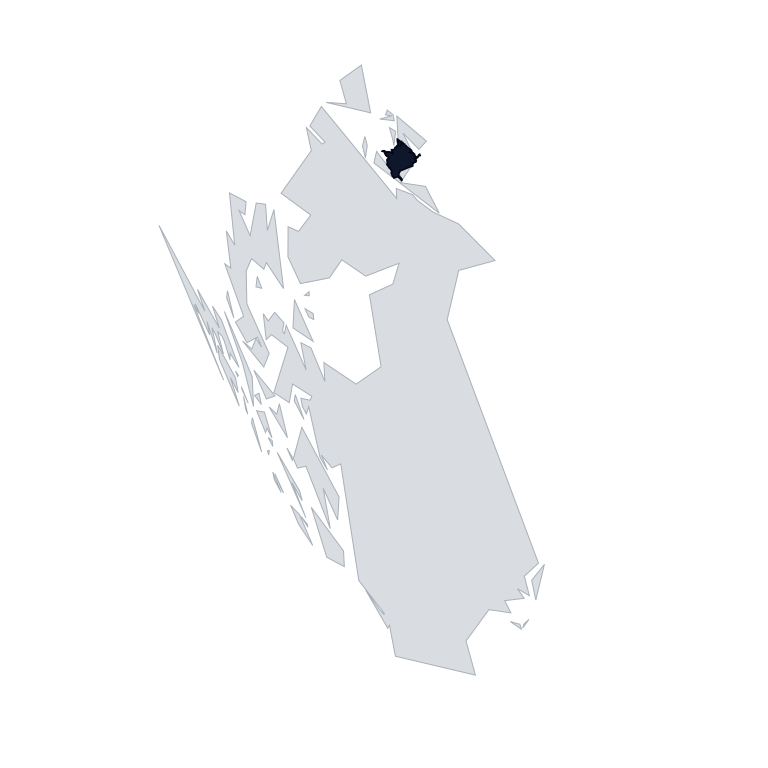 New Brunswick highlighted on a map of Canada, rotated 248°
{"feature_id": "CAN-684", "entity_name": "New Brunswick", "entity_type": "Province", "adm_level": 1, "iso_a3": "CAN", "parent_name": "Canada", "parent_adm1": "", "projection": "equal_earth", "projection_center": [-65.996, 46.339], "detail": "fine", "context": "in_parent", "style": "filled", "palette": "ink", "viewbox_px": 768, "rotation_deg": 248, "n_neighbors": 0, "source": "natural_earth", "source_scale": "10m", "svg_char_len": 9285}
<svg xmlns="http://www.w3.org/2000/svg" viewBox="0 0 768 768"><g transform="rotate(248 384 384)"><path d="M135.5,396.7L115.0,363.8L79.8,359.7L127.3,292.6L158.3,298.7L156.2,296.0L199.8,289.8L176.8,295.1L170.4,297.7L171.3,298.4L211.1,287.0L326.2,314.0L325.7,304.4L341.6,299.3L325.5,299.3L339.9,297.2L391.2,305.7L385.3,300.8L393.4,299.9L401.9,301.6L396.6,309.5L399.7,312.5L418.3,299.2L402.2,289.2L417.3,278.7L454.1,308.7L471.9,298.2L469.3,291.4L494.4,298.4L485.9,300.3L491.3,309.4L478.2,314.2L471.7,310.1L469.9,309.7L468.0,310.5L475.1,315.3L426.3,317.1L453.4,322.4L444.9,329.8L408.4,330.1L426.4,336.3L394.3,358.1L401.1,387.8L472.2,403.9L473.3,429.6L490.3,443.2L490.9,407.4L515.0,391.4L502.9,373.2L508.4,344.1L538.0,342.6L565.8,354.0L557.5,361.9L568.1,379.4L599.4,360.0L627.6,404.0L650.8,408.1L629.7,416.5L630.3,420.0L651.0,411.9L664.8,429.9L551.3,465.2L560.6,468.6L548.9,481.4L541.7,483.7L525.0,493.9L504.5,513.1L456.9,533.2L461.3,495.8L420.0,466.7L160.0,460.1L153.3,442.1L133.3,439.5L144.1,431.1L132.8,433.6L137.9,414.7L124.3,415.9L135.5,396.7ZM464.2,284.4L474.9,284.3L473.6,272.5L497.0,269.4L499.4,279.2L555.1,281.4L548.9,285.4L585.0,295.1L568.6,297.6L619.1,312.3L604.7,324.4L593.0,318.4L599.1,314.6L571.6,315.4L599.6,333.3L595.1,341.5L570.1,333.4L587.0,347.3L510.1,326.6L540.6,320.4L535.4,315.6L549.9,308.2L540.4,298.6L509.5,286.8L455.2,288.9L444.8,278.9L477.0,269.0L466.0,274.4L474.1,282.4L464.2,284.4ZM447.6,236.7L615.5,234.8L518.5,245.2L541.7,246.5L497.6,252.3L520.5,254.2L503.9,257.3L453.7,255.8L470.3,252.8L464.1,250.3L483.8,252.0L488.9,251.7L495.1,249.4L472.0,246.4L491.9,246.4L500.6,245.6L475.0,241.0L508.2,243.3L494.6,240.8L529.0,239.1L518.7,238.8L529.1,237.3L447.6,236.7ZM270.0,280.0L337.0,280.8L338.4,272.3L348.9,272.1L374.6,291.6L296.0,300.0L275.3,290.1L310.1,288.6L270.0,280.0ZM580.5,497.6L564.5,474.8L551.6,496.5L521.7,499.2L592.8,457.4L602.4,464.3L583.9,469.4L600.4,486.9L627.6,496.3L593.3,514.3L588.5,504.3L609.5,495.6L580.5,497.6ZM244.8,266.0L297.0,270.4L244.4,283.9L229.5,278.8L244.8,266.0ZM417.7,241.5L468.6,240.7L482.4,244.4L445.3,248.6L430.7,245.6L447.3,244.1L417.7,241.5ZM412.0,254.6L456.2,260.6L511.0,263.2L440.0,264.5L412.0,254.6ZM289.2,261.5L360.6,259.4L316.5,265.7L306.3,264.4L327.2,261.7L289.2,261.5ZM666.8,435.9L657.9,454.1L682.0,456.8L688.2,482.5L640.4,473.2L666.8,435.9ZM370.4,274.4L405.7,268.9L396.3,273.3L404.9,279.6L370.4,274.4ZM450.1,334.2L470.1,320.6L495.8,332.6L450.1,334.2ZM414.2,269.4L445.6,268.5L413.8,278.5L414.2,269.4ZM306.6,252.0L294.1,256.8L261.0,257.4L286.3,252.3L306.6,252.0ZM406.9,255.9L402.8,262.6L375.9,259.9L386.9,259.0L383.4,256.0L406.9,255.9ZM366.8,245.1L397.5,246.5L402.1,249.4L366.8,245.1ZM126.8,443.8L146.7,447.4L156.7,465.2L126.8,443.8ZM501.4,269.5L522.9,270.4L529.1,273.8L501.4,269.5ZM381.1,296.5L402.0,294.5L407.4,297.8L381.1,296.5ZM421.9,259.8L422.3,264.6L410.9,262.6L421.9,259.8ZM412.4,246.3L425.2,249.1L407.0,246.4L412.4,246.3ZM522.0,301.7L531.2,306.8L518.5,306.5L522.0,301.7ZM326.6,249.4L342.0,249.2L320.6,250.1L326.6,249.4ZM361.1,270.0L351.0,271.5L346.9,270.4L361.1,270.0ZM631.3,479.3L629.7,491.7L633.0,486.2L636.7,489.6L630.3,493.3L624.3,492.1L631.3,479.3ZM336.3,246.5L344.1,247.9L321.8,248.1L336.3,246.5ZM620.7,459.0L611.4,457.8L600.5,451.4L612.7,453.2L620.7,459.0ZM483.4,339.0L475.9,344.7L470.1,343.0L474.3,339.4L483.4,339.0ZM105.1,419.6L116.4,412.1L110.3,420.0L105.1,419.6ZM417.0,250.9L432.5,250.3L434.9,250.8L417.0,250.9ZM377.7,256.6L373.3,259.1L367.7,257.5L377.7,256.6ZM601.4,482.4L607.0,483.7L619.7,485.1L613.8,489.5L601.4,482.4ZM495.9,343.6L497.6,349.1L493.8,347.7L495.9,343.6ZM292.0,257.6L282.8,260.3L279.8,259.8L292.0,257.6ZM451.6,251.1L446.6,252.2L445.8,251.2L451.6,251.1ZM365.7,250.9L365.2,252.8L361.4,250.5L365.7,250.9ZM105.8,421.2L108.9,423.6L111.4,430.2L105.8,421.2Z" fill="#d9dde1" stroke="#a8b0b8" stroke-width="1"/><path d="M580.1,497.5L579.5,497.2L579.3,497.3L579.3,497.6L579.0,497.7L578.7,497.6L578.4,497.3L578.2,496.9L577.8,496.6L577.8,496.4L577.8,496.2L578.1,495.8L578.2,495.4L577.7,494.7L577.7,494.3L578.2,493.9L578.2,493.6L578.2,493.3L578.0,493.1L577.2,493.1L576.8,493.1L576.2,492.7L575.9,492.3L575.7,492.5L575.3,492.3L575.3,492.1L575.2,491.6L575.3,491.4L575.5,491.0L575.3,490.5L575.7,490.1L575.5,489.7L575.4,479.0L575.4,478.6L574.9,478.3L574.7,478.0L574.4,477.8L574.2,477.4L574.0,477.2L573.7,477.0L573.2,476.6L572.8,476.4L572.5,476.0L572.1,475.8L571.7,475.8L571.3,475.9L571.1,476.2L571.0,476.4L570.6,476.5L570.4,476.4L570.0,476.4L569.5,476.6L569.0,477.0L568.5,477.0L568.1,477.0L567.2,477.5L566.0,476.9L565.9,476.7L566.5,476.3L568.1,475.8L569.5,475.2L569.8,475.1L570.9,474.1L571.0,473.9L571.1,473.6L571.2,470.3L573.2,470.3L573.2,469.6L577.0,469.6L577.0,470.2L577.7,470.4L578.5,470.7L578.6,470.8L578.6,471.1L578.8,471.2L579.1,470.7L579.5,470.7L579.8,470.6L580.2,470.7L580.5,470.6L580.9,470.4L581.2,470.3L581.4,470.3L581.9,470.6L582.1,470.5L582.1,470.4L582.0,470.1L582.1,469.9L582.4,469.7L582.6,469.6L583.7,469.7L584.0,469.5L584.5,469.5L585.0,469.2L586.3,468.9L586.5,468.9L586.5,469.2L586.6,469.4L586.8,469.5L587.2,469.5L587.4,469.7L587.6,469.7L589.4,470.3L590.2,470.4L590.6,470.5L590.9,470.7L591.2,471.1L591.6,472.3L591.7,472.6L592.0,472.8L591.7,472.9L591.7,473.1L592.0,473.3L592.3,472.8L592.5,472.7L593.2,472.7L593.5,472.5L594.0,471.9L594.6,471.7L595.2,471.3L596.6,471.1L597.0,471.1L596.4,471.5L596.2,471.7L596.9,471.6L597.5,471.4L598.1,471.4L598.3,471.5L598.4,471.8L598.2,471.9L597.8,471.9L597.8,472.0L598.4,472.1L598.5,472.4L598.6,472.0L598.8,471.9L599.3,472.2L598.7,472.5L598.2,472.7L598.3,472.9L598.2,473.0L598.3,473.1L598.2,473.3L597.8,473.7L597.6,473.9L597.6,474.1L597.5,474.3L597.8,474.3L597.4,474.8L597.3,475.0L597.4,474.8L597.8,474.6L597.6,475.2L597.5,475.9L597.5,475.4L597.4,475.5L597.1,476.0L597.1,476.5L596.5,476.7L596.3,476.9L596.1,477.1L595.9,477.4L594.3,478.4L594.0,478.4L594.0,478.5L595.0,478.6L595.3,478.4L595.2,478.9L595.3,478.9L595.7,478.8L596.3,478.5L596.6,478.4L596.7,478.5L596.8,478.7L596.9,478.8L597.1,478.8L597.3,478.5L597.5,478.5L598.2,478.5L598.4,478.6L598.2,478.8L598.3,479.2L598.3,479.5L598.0,479.7L597.6,480.2L597.6,480.5L597.6,480.8L597.7,481.3L598.0,481.7L598.4,482.1L598.2,482.1L598.0,482.3L598.0,482.6L598.1,482.3L598.4,482.4L598.8,482.6L598.7,482.4L598.8,482.3L599.0,482.5L599.1,482.8L599.0,483.6L599.0,483.8L599.3,484.1L599.3,484.3L599.1,484.5L599.4,484.6L599.5,484.7L599.8,484.9L599.8,485.1L599.8,485.5L599.7,485.8L599.1,486.0L599.4,486.0L599.5,486.1L600.1,485.9L600.3,485.6L600.4,485.8L600.5,486.1L600.3,486.3L600.2,486.5L600.3,487.0L600.6,486.9L601.4,486.9L601.6,487.0L601.9,487.0L602.6,486.9L603.1,487.2L603.3,487.3L603.3,487.6L603.6,487.6L603.7,487.4L603.8,487.5L604.3,487.4L604.8,487.4L605.0,487.5L605.4,487.7L606.0,487.9L606.3,488.1L606.2,488.3L605.6,488.4L605.4,488.7L604.0,488.7L604.0,488.9L603.9,488.9L604.3,489.3L604.2,489.5L603.7,489.5L603.4,489.6L603.1,490.1L602.7,490.4L602.5,490.9L602.1,490.5L601.9,490.4L601.8,490.5L602.0,490.6L601.8,490.8L601.4,491.3L601.0,491.5L600.9,492.0L600.7,492.0L600.4,491.9L600.6,491.8L600.7,491.6L600.8,491.1L600.5,490.8L600.5,490.6L600.5,490.2L600.4,490.4L600.3,490.5L600.2,490.4L599.7,489.7L599.4,489.4L599.3,488.9L599.2,488.6L598.8,488.4L598.7,488.4L599.1,488.8L599.1,489.2L599.2,489.3L599.4,489.6L599.5,489.7L599.7,489.8L599.9,490.2L600.1,490.5L600.1,491.0L599.4,491.7L599.7,492.0L599.3,492.0L599.2,492.4L599.0,492.5L598.8,493.0L598.7,493.1L598.3,492.9L597.6,493.0L597.3,493.2L597.0,493.7L595.5,494.1L594.5,494.7L593.1,495.5L592.9,495.6L592.7,496.0L592.1,496.1L591.8,496.3L591.5,496.4L591.3,496.7L591.1,496.8L590.8,496.6L590.5,496.8L590.1,497.1L589.7,497.1L589.2,497.0L589.0,496.5L588.9,496.4L588.1,496.1L588.9,495.5L589.2,495.3L589.2,494.9L589.1,494.6L589.0,494.8L588.7,495.0L588.5,495.7L588.3,495.6L587.9,495.7L587.7,495.9L587.8,496.2L588.0,496.4L588.2,496.5L588.6,496.5L588.3,496.9L588.1,497.1L587.7,497.5L587.4,497.3L587.3,497.2L586.8,497.2L586.7,497.4L587.3,497.4L587.2,497.6L587.0,497.8L586.5,497.8L586.4,498.1L586.2,498.1L585.8,498.5L585.6,498.5L585.6,498.3L585.6,498.1L585.4,497.7L585.2,497.8L584.9,497.9L584.1,498.4L583.8,498.5L583.6,498.5L583.7,498.4L583.5,498.5L583.4,498.6L583.1,498.7L583.1,498.3L583.0,498.2L583.0,498.3L582.7,498.4L582.4,498.6L582.1,498.1L582.6,498.0L582.5,497.8L582.1,497.7L581.9,497.4L581.7,497.4L581.6,497.7L581.3,497.6L581.1,497.8L581.1,498.1L581.1,498.3L581.1,498.5L580.9,498.4L580.4,497.7L580.4,497.2L580.2,497.3L580.2,497.0L580.0,496.9L580.0,497.2L580.1,497.5ZM582.5,502.2L582.6,501.7L582.8,501.4L583.1,501.3L583.3,501.5L583.5,501.6L583.3,501.6L583.6,502.7L583.8,502.9L583.8,503.1L583.7,503.2L583.4,502.8L583.3,502.7L583.2,502.8L583.1,502.7L582.9,502.8L582.7,502.8L582.5,503.0L582.4,503.2L582.2,503.2L582.3,502.4L582.5,502.2ZM600.5,470.7L600.7,470.1L600.6,470.6L600.5,471.1L600.3,471.5L599.5,472.2L599.4,472.1L599.1,471.9L599.5,471.6L599.4,471.5L599.1,471.6L599.2,471.4L599.3,471.3L599.1,471.3L599.1,471.1L599.3,470.8L599.8,470.7L600.1,470.7L600.0,470.9L600.4,470.8L600.5,470.7ZM600.2,469.9L600.4,469.4L600.5,469.3L600.8,470.0L600.7,470.2L600.5,470.3L599.9,470.5L599.9,470.4L600.2,469.9ZM582.2,500.4L582.0,500.6L582.1,500.9L581.8,500.8L581.6,500.5L581.8,500.5L581.8,500.3L582.0,499.9L582.2,499.7L582.2,499.9L582.3,500.0L582.2,500.4ZM581.8,499.4L581.6,500.0L581.4,499.8L581.3,499.5L581.6,499.1L581.8,499.0L581.8,499.4Z" fill="#0f172a" stroke="#020617" stroke-width="1.5"/></g></svg>